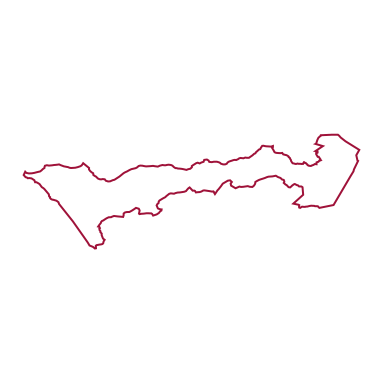 the district of San Miguel Amatlán, Oaxaca, Mexico, rotated 89°
{"feature_id": "50627088B29039475897325", "entity_name": "San Miguel Amatlán", "entity_type": "district", "adm_level": 2, "iso_a3": "MEX", "parent_name": "Mexico", "parent_adm1": "Oaxaca", "projection": "equal_earth", "projection_center": [-96.46, 17.2], "detail": "fine", "context": "isolated", "style": "outline", "palette": "rose", "viewbox_px": 384, "rotation_deg": 89, "n_neighbors": 0, "source": "geoboundaries", "source_scale": "gbopen_adm2", "svg_char_len": 5905}
<svg xmlns="http://www.w3.org/2000/svg" viewBox="0 0 384 384"><g transform="rotate(89 192 192)"><path d="M246.8,290.1L246.6,289.0L244.1,289.1L243.5,288.4L243.0,285.6L242.8,283.9L242.5,282.6L241.8,281.7L240.4,281.4L239.2,280.9L238.3,280.2L237.0,281.8L233.5,283.1L232.0,283.0L230.6,284.3L229.6,284.2L228.7,285.0L227.0,285.3L226.5,284.7L225.2,285.3L224.9,286.4L223.1,285.1L221.4,283.7L220.4,283.4L219.4,282.5L218.9,281.2L217.9,279.7L216.8,277.9L215.8,275.7L215.8,273.4L215.3,272.4L214.6,270.4L215.1,266.9L215.4,264.1L215.7,261.3L214.3,260.8L212.3,260.7L211.3,259.4L210.9,257.7L210.9,255.0L210.2,253.6L209.5,252.3L208.0,249.9L206.9,248.3L207.8,245.5L209.5,244.7L211.1,245.0L212.7,245.4L213.2,244.8L212.9,242.9L212.8,240.6L212.5,238.1L212.5,236.2L212.7,233.0L213.3,232.2L214.9,231.3L213.8,227.7L212.4,225.5L210.8,224.2L210.0,222.9L208.9,222.7L208.8,223.7L208.3,225.3L207.8,226.4L204.8,227.6L203.4,226.8L202.6,225.7L200.9,225.4L199.9,224.6L197.9,221.2L196.7,218.8L195.7,217.8L193.4,214.8L193.0,213.2L193.4,210.0L192.8,208.5L192.3,206.4L192.2,204.0L191.8,201.0L191.6,199.7L191.0,198.0L189.8,197.0L188.9,196.2L188.1,195.4L187.4,194.3L188.9,192.9L190.7,191.3L190.6,189.9L191.0,189.0L192.5,188.1L192.3,186.5L192.2,184.3L191.7,182.6L190.7,180.8L190.6,179.5L191.4,174.6L192.0,171.7L191.7,170.8L192.1,170.2L193.1,169.9L194.5,169.1L193.4,168.3L191.8,167.2L190.8,166.5L189.6,165.3L188.5,164.4L186.8,163.0L184.2,161.1L181.3,156.0L181.0,153.7L182.7,152.0L184.2,153.2L186.3,152.8L189.0,148.4L188.2,146.4L187.4,144.5L187.8,142.9L187.7,140.7L187.1,136.1L187.8,134.1L188.0,131.5L186.6,129.8L184.8,128.7L183.1,128.5L182.2,127.0L181.1,124.8L180.6,123.3L179.9,120.9L179.2,118.7L178.5,117.0L178.0,115.3L177.9,113.4L177.8,111.3L177.2,107.9L178.6,105.7L179.5,103.3L181.1,101.7L181.5,100.1L181.9,100.0L182.7,99.6L183.4,99.5L184.5,100.1L186.3,98.2L186.6,97.4L188.8,95.4L189.0,94.8L189.1,93.7L188.6,93.2L188.1,92.5L187.5,92.0L187.1,91.4L186.2,90.2L185.8,89.1L187.0,86.9L187.1,86.1L188.3,84.9L188.4,82.6L188.7,82.0L189.2,81.4L196.7,80.9L205.4,90.9L206.6,85.7L207.0,85.0L207.4,85.1L208.2,85.2L208.7,85.2L209.4,85.1L210.0,84.6L210.2,84.9L208.6,82.2L208.8,80.4L208.8,78.9L208.6,78.3L208.6,77.1L208.0,74.6L207.8,73.0L207.9,71.6L208.0,70.0L208.3,69.5L208.4,66.9L208.7,66.1L209.3,65.8L210.1,64.9L207.5,50.7L178.9,33.2L174.2,30.2L172.3,29.7L163.8,25.4L163.4,26.0L158.1,27.1L152.8,24.0L144.0,37.6L140.1,42.4L138.4,43.8L137.3,45.1L137.2,51.8L137.5,62.2L138.1,62.3L138.7,63.3L139.1,63.6L139.5,64.1L139.8,64.5L140.4,64.9L140.9,65.1L141.6,65.5L142.3,65.8L142.9,66.0L143.7,66.3L144.6,66.6L145.2,66.8L145.9,67.2L146.1,67.6L148.4,60.3L153.2,67.8L153.6,65.8L154.4,65.7L154.8,65.8L155.0,65.9L155.0,66.2L154.9,66.5L154.8,66.9L154.8,67.1L155.9,67.2L156.3,67.2L159.0,65.7L159.0,64.7L161.4,63.1L161.8,63.3L162.1,63.0L162.5,62.6L162.7,63.0L162.7,64.1L162.8,64.2L163.1,64.3L163.4,64.5L163.5,64.6L163.6,64.8L163.8,64.9L164.0,65.2L164.1,65.4L164.2,65.7L164.2,66.1L164.4,66.5L164.5,66.8L164.6,67.0L166.4,67.0L166.2,68.8L166.6,69.4L166.8,69.6L167.1,70.2L167.2,70.5L167.3,71.0L167.5,71.4L167.5,71.6L167.7,71.8L167.8,72.0L167.9,72.3L168.0,72.6L168.0,73.2L167.8,74.7L167.7,74.9L167.5,75.1L167.4,75.3L167.2,75.6L167.2,75.9L166.6,76.2L166.4,76.5L166.1,76.6L165.5,77.4L165.1,77.7L165.1,77.8L165.0,78.2L164.9,78.2L164.9,78.5L164.6,79.0L164.2,79.2L164.1,79.5L164.9,80.1L165.8,80.4L165.9,81.8L165.7,83.1L165.7,84.4L165.6,85.3L165.4,86.1L165.7,87.1L165.8,87.6L165.7,88.2L165.5,89.0L165.3,89.5L165.0,90.9L164.3,91.4L162.9,92.3L161.6,92.6L160.8,93.2L159.9,93.4L159.5,93.8L158.9,94.7L158.3,94.7L157.7,95.4L157.2,96.2L156.8,96.9L156.7,97.5L156.4,98.6L156.2,99.1L156.0,100.1L154.5,101.1L154.7,102.4L154.6,104.6L154.3,107.3L153.7,108.7L152.6,109.3L151.0,110.1L149.4,111.1L148.5,110.3L147.4,110.3L148.0,112.1L147.8,114.3L147.6,116.9L147.4,118.2L147.0,119.7L147.1,121.0L148.9,122.3L150.3,123.0L150.7,124.3L151.6,125.3L152.5,126.3L153.4,127.4L154.4,127.9L154.9,129.2L156.4,130.9L157.6,132.7L158.8,134.5L158.8,136.3L158.5,138.2L159.2,140.0L158.8,142.9L159.2,144.3L160.0,145.4L160.8,147.3L160.6,148.7L160.9,150.3L161.4,151.7L161.4,151.8L162.2,154.4L163.1,155.9L164.3,156.7L164.9,158.1L165.0,159.5L164.9,160.6L164.2,162.6L163.3,163.5L162.8,164.5L162.2,166.5L162.1,169.5L162.5,171.7L162.2,174.2L160.8,174.9L159.8,176.5L160.1,179.2L162.0,179.9L162.7,182.2L163.6,183.8L162.8,185.8L163.2,187.2L165.2,190.5L166.0,191.7L167.3,191.7L168.7,193.3L169.2,195.6L169.8,197.1L169.1,199.9L168.7,201.8L168.4,204.0L168.3,205.7L167.9,206.8L167.8,208.2L166.6,209.9L165.4,211.0L164.8,212.1L164.5,213.4L164.3,215.0L164.5,216.6L164.8,217.8L164.8,219.2L164.5,221.1L165.1,223.6L166.0,225.7L165.6,228.5L165.2,230.5L165.4,232.7L165.5,235.1L165.6,237.5L165.3,239.2L164.8,241.4L164.7,243.3L165.1,244.9L166.6,246.7L167.2,248.0L168.1,252.2L169.0,254.2L170.3,256.6L171.1,258.5L172.0,260.1L175.3,264.3L176.1,265.6L177.1,267.2L178.4,269.3L178.8,271.0L179.9,273.7L180.0,275.7L179.2,278.0L177.8,279.0L177.5,281.0L177.8,282.7L177.6,284.2L176.9,285.8L176.0,286.7L175.0,287.6L174.4,288.7L173.3,290.3L171.5,290.5L170.6,292.0L169.1,293.6L167.6,294.6L166.2,294.5L161.3,300.3L162.2,300.9L163.5,301.9L164.3,303.2L165.1,305.7L165.7,308.3L165.8,310.3L165.9,312.6L165.6,314.1L165.0,315.4L164.1,319.7L163.5,321.2L162.8,323.0L162.1,324.4L162.3,325.8L162.5,327.7L162.6,329.4L162.9,331.6L163.1,334.6L162.7,336.6L163.2,338.6L164.3,339.0L165.4,339.1L166.6,340.9L167.7,342.0L168.8,343.5L169.2,345.4L169.6,347.2L170.1,349.2L170.5,351.7L170.6,354.7L170.0,357.3L168.8,358.4L172.1,360.0L174.3,358.1L174.5,357.1L175.4,355.9L175.2,354.6L175.6,352.2L177.5,349.4L179.5,348.7L179.5,347.5L180.1,346.3L181.4,344.3L184.5,342.1L185.5,340.6L186.4,339.6L191.8,335.2L193.9,334.9L194.6,334.0L195.4,334.1L196.4,333.3L197.2,331.9L197.3,331.0L197.7,329.7L198.3,327.8L198.9,326.9L199.9,325.7L201.7,325.1L219.3,311.6L240.1,297.5L241.4,296.7L243.7,295.4L243.9,294.9L245.0,292.3L245.5,291.5L246.8,290.1Z" fill="none" stroke="#9f1239" stroke-width="2"/></g></svg>